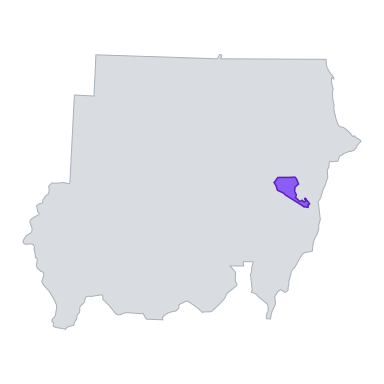 Reifi Khashm Elgirba, Kassala, Sudan shown in context
{"feature_id": "16777658B57943425693206", "entity_name": "Reifi Khashm Elgirba", "entity_type": "district", "adm_level": 2, "iso_a3": "SDN", "parent_name": "Sudan", "parent_adm1": "Kassala", "projection": "albers", "projection_center": [35.198, 15.581], "detail": "fine", "context": "in_parent", "style": "filled", "palette": "violet", "viewbox_px": 384, "rotation_deg": 0, "n_neighbors": 0, "source": "geoboundaries", "source_scale": "gbopen_adm2", "svg_char_len": 5681}
<svg xmlns="http://www.w3.org/2000/svg" viewBox="0 0 384 384"><path d="M270.6,318.9L266.7,318.8L266.3,317.9L266.4,315.4L266.8,313.6L268.3,310.6L267.9,309.0L268.2,306.6L267.2,304.0L258.0,296.3L256.3,294.2L251.3,292.2L252.2,290.1L250.4,274.4L251.4,272.6L251.7,269.9L251.7,267.5L252.9,263.5L253.0,261.8L243.4,261.6L243.2,263.3L243.6,265.2L243.6,266.0L230.1,265.9L235.4,272.1L235.6,274.8L235.3,278.1L235.3,280.3L235.6,281.7L237.0,284.4L236.9,284.9L236.6,285.6L226.8,293.6L225.2,297.4L223.9,299.3L221.0,302.6L212.0,311.2L210.6,311.8L203.8,311.9L203.2,312.1L202.6,312.5L202.4,312.4L196.7,307.2L187.2,300.8L180.7,303.8L178.9,305.0L178.8,307.9L177.8,309.4L176.0,311.0L171.3,311.9L168.8,312.7L165.8,314.3L162.8,317.0L162.6,318.5L162.9,319.8L146.5,319.2L145.5,318.1L143.2,313.5L141.6,313.7L126.7,312.6L124.5,313.0L120.2,314.7L118.0,314.9L115.9,314.0L108.4,304.6L106.8,303.4L105.1,301.2L103.5,300.2L102.9,299.5L102.8,298.5L102.9,296.5L102.4,295.2L101.2,294.9L90.6,296.5L89.1,296.2L86.9,296.5L86.1,296.8L85.2,298.0L84.9,300.5L84.6,301.7L83.7,303.0L80.6,305.9L79.8,307.2L79.8,310.6L79.5,312.3L79.0,313.1L77.7,314.3L77.2,315.1L76.4,319.4L74.6,321.9L74.2,322.8L74.0,324.7L73.7,325.3L68.9,326.5L67.0,327.4L65.9,328.8L65.6,329.4L63.5,328.8L61.0,328.3L56.0,327.5L54.0,326.7L53.2,325.7L53.6,323.1L53.1,322.5L52.4,322.0L51.9,320.8L52.1,319.4L54.9,316.5L55.5,315.0L56.6,307.4L56.5,305.0L54.7,300.7L50.3,293.0L49.3,291.5L43.6,285.1L43.0,284.2L41.7,281.5L43.6,276.0L43.8,274.5L43.5,272.8L42.1,271.5L40.7,271.3L39.1,269.7L38.0,269.0L37.0,267.6L36.4,265.7L37.3,259.1L37.0,258.2L35.6,257.9L35.2,257.4L35.4,256.1L34.8,252.3L34.0,249.1L34.6,247.4L33.5,245.0L31.2,243.8L26.4,244.3L25.0,244.1L24.0,243.6L23.3,242.7L23.0,241.6L23.5,240.1L25.0,237.4L26.8,235.2L30.3,233.3L31.3,232.2L31.9,231.0L32.0,229.5L31.9,228.0L31.6,226.6L30.7,224.7L29.9,222.5L30.0,221.1L30.5,220.1L31.5,218.9L35.0,216.6L38.5,214.8L39.1,214.1L39.0,213.3L37.5,211.5L37.2,208.2L36.5,205.9L38.3,204.3L39.6,203.7L41.7,203.3L42.5,202.7L42.8,201.3L42.8,200.0L43.6,199.1L44.7,197.1L45.5,196.2L48.2,193.9L48.9,192.3L49.2,190.8L48.7,186.2L50.3,184.4L52.3,182.9L55.1,183.2L59.4,183.0L62.3,182.5L64.4,182.7L69.1,183.8L69.6,183.4L69.9,182.2L74.4,95.0L93.7,96.0L94.0,95.9L95.9,54.8L216.4,58.8L217.4,58.7L219.4,54.9L220.2,54.6L221.4,54.8L221.8,55.7L220.8,58.8L326.0,59.3L326.3,64.0L327.1,67.8L330.2,73.1L332.7,76.0L333.7,77.6L333.8,78.3L333.7,79.0L332.9,78.2L331.6,77.7L331.4,80.2L332.1,85.4L333.2,89.0L332.4,92.3L332.6,98.0L334.0,104.8L333.8,109.1L336.1,119.3L338.3,124.9L339.5,126.2L340.9,127.0L343.4,127.4L347.2,130.2L350.3,133.2L351.4,134.8L352.8,136.5L353.8,136.2L354.4,135.7L355.4,137.1L360.2,140.1L361.0,141.4L359.3,142.9L357.3,145.3L356.4,147.5L355.9,148.2L354.3,149.6L354.1,150.3L353.4,150.7L352.6,150.7L351.0,151.5L349.6,151.3L348.1,151.7L347.5,152.3L346.4,152.7L344.8,153.0L342.3,154.9L340.2,155.8L339.4,156.6L338.3,160.3L337.5,161.3L334.3,161.4L332.7,161.8L330.6,161.4L329.5,161.4L329.3,162.2L328.9,165.4L329.0,166.8L327.2,170.5L327.8,177.3L326.1,182.4L325.8,183.6L324.1,187.6L323.2,189.1L321.0,196.7L320.1,199.0L318.2,201.5L320.3,219.6L318.7,225.2L318.8,228.2L317.7,232.7L316.8,234.8L315.3,237.3L314.1,240.1L313.1,243.8L312.4,250.7L312.0,251.4L306.2,252.3L304.4,252.8L303.2,253.5L301.7,255.3L298.7,260.2L297.2,263.2L294.7,267.4L291.9,270.3L291.3,271.7L290.8,274.3L289.7,278.5L288.8,281.4L288.9,283.8L288.0,287.9L288.2,289.9L287.2,291.1L285.8,292.1L284.9,292.4L280.8,289.6L278.0,291.5L276.2,294.2L274.7,296.9L275.5,302.6L275.4,303.8L275.0,305.2L272.3,310.8L271.5,313.3L270.6,317.8L270.6,318.9Z" fill="#d9dde1" stroke="#a8b0b8" stroke-width="1"/><path d="M277.8,177.5L277.7,177.6L277.6,177.8L277.5,178.0L277.4,178.1L277.2,178.3L277.1,178.5L276.9,178.7L276.9,178.8L276.7,179.0L276.4,179.4L276.3,179.6L276.2,179.8L276.0,180.0L275.3,180.9L275.2,181.1L274.7,181.9L274.5,182.2L274.1,182.4L274.4,182.9L274.4,183.0L274.5,183.1L274.7,183.4L274.9,183.8L275.0,184.0L275.9,185.7L276.4,186.6L276.7,187.9L277.3,190.1L278.3,190.6L280.0,191.5L281.8,192.2L281.8,192.3L283.5,193.1L284.1,193.6L285.1,194.8L285.3,194.9L285.6,195.1L285.8,195.2L285.8,195.3L286.5,195.7L286.9,195.9L288.4,196.9L290.8,198.4L295.1,201.1L297.8,202.8L299.2,203.7L299.3,203.7L300.8,204.7L301.1,204.9L301.6,205.2L301.9,205.4L302.5,205.8L302.9,206.0L303.4,206.4L303.8,206.7L304.2,206.9L304.2,207.0L304.3,207.0L304.6,206.9L305.0,206.9L305.5,206.9L305.8,206.9L306.0,207.0L306.6,207.1L306.9,207.1L307.1,207.2L307.3,207.2L307.7,207.3L307.8,207.3L308.0,207.4L308.1,207.2L308.2,206.9L308.2,206.7L308.2,206.1L308.2,205.9L308.1,204.8L308.9,204.7L309.2,204.2L309.3,204.1L309.3,203.9L309.5,203.8L309.2,203.5L309.1,203.1L308.9,202.9L308.8,202.7L308.7,202.5L308.6,202.2L308.4,202.1L308.2,201.8L308.1,201.7L307.6,201.3L307.5,201.0L307.4,200.7L307.1,200.5L307.0,200.4L306.9,200.4L306.7,200.3L306.5,200.2L306.4,199.8L306.2,199.3L305.9,198.8L305.9,198.7L305.7,198.5L305.2,198.2L304.8,198.5L304.7,198.6L304.7,198.9L305.0,199.5L305.5,200.2L305.6,200.5L305.6,201.0L305.4,201.1L304.2,202.1L304.0,201.9L303.9,201.8L303.6,201.6L303.4,201.4L303.3,201.2L302.2,200.4L301.8,200.6L301.3,200.5L300.7,201.2L300.4,201.2L299.9,201.2L299.7,201.2L299.1,201.2L298.3,200.0L297.6,199.3L296.2,198.1L295.6,197.7L295.7,197.4L296.3,194.7L295.9,193.9L295.7,193.4L295.0,192.2L294.7,191.7L294.6,191.4L294.6,191.1L294.6,190.7L294.8,190.1L294.8,189.6L294.9,189.4L294.8,189.1L294.8,188.6L294.8,188.0L294.8,187.3L294.9,187.2L296.3,186.0L296.9,185.4L297.9,184.6L298.0,184.5L298.6,184.0L298.5,183.8L298.4,183.6L298.1,182.9L297.8,182.2L297.7,181.7L297.5,181.3L296.8,179.5L296.6,179.1L296.5,178.9L296.1,178.5L296.1,178.4L295.6,177.9L294.9,177.1L289.3,177.4L280.4,177.4L277.8,177.5Z" fill="#8b5cf6" stroke="#5b21b6" stroke-width="1.5"/></svg>